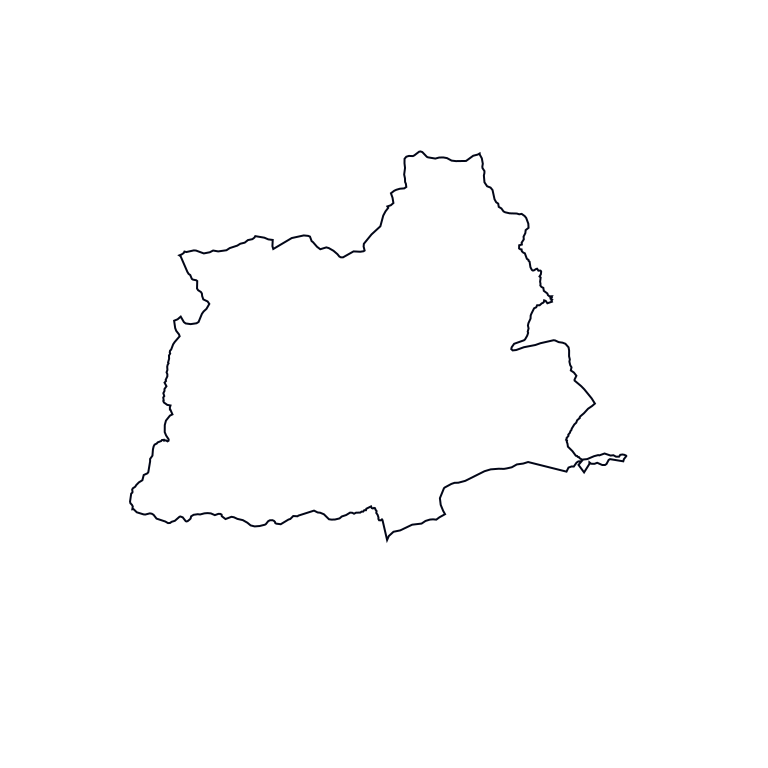 Ráquira, Boyacá, Colombia, rotated 214°
{"feature_id": "7082276B68805939866723", "entity_name": "Ráquira", "entity_type": "district", "adm_level": 2, "iso_a3": "COL", "parent_name": "Colombia", "parent_adm1": "Boyacá", "projection": "robinson", "projection_center": [-73.626, 5.497], "detail": "fine", "context": "isolated", "style": "outline", "palette": "ink", "viewbox_px": 768, "rotation_deg": 214, "n_neighbors": 0, "source": "geoboundaries", "source_scale": "gbopen_adm2", "svg_char_len": 6166}
<svg xmlns="http://www.w3.org/2000/svg" viewBox="0 0 768 768"><g transform="rotate(214 384 384)"><path d="M522.6,139.4L521.7,140.2L517.2,139.4L510.3,141.5L508.9,142.3L505.8,145.8L504.0,146.6L501.9,146.7L497.3,145.2L488.4,147.7L485.3,147.9L483.7,149.1L483.0,151.0L480.9,153.6L479.3,159.6L478.7,160.3L476.3,160.9L471.7,159.4L470.9,159.6L470.1,160.5L469.3,163.1L469.1,164.3L469.9,166.4L468.7,169.1L465.6,171.9L463.5,173.0L460.6,176.3L458.1,178.3L455.2,179.9L450.9,180.7L448.7,183.7L447.0,184.8L445.6,184.9L444.6,183.7L439.9,183.4L436.2,188.6L433.9,189.6L430.1,190.2L424.9,192.2L419.7,192.6L415.5,192.2L411.6,193.6L407.7,196.7L404.1,200.7L403.6,201.7L403.3,205.5L402.4,207.2L400.3,208.7L398.7,209.0L397.3,208.7L396.3,207.9L395.2,208.0L391.2,210.0L387.4,218.2L386.2,219.7L385.4,223.8L381.7,226.0L381.4,227.0L371.2,239.9L367.2,240.4L364.9,241.6L361.0,242.4L354.0,241.1L351.7,242.2L348.8,244.3L345.7,247.7L344.9,250.6L342.1,254.2L340.2,258.4L338.3,259.5L336.3,259.7L335.2,261.7L331.8,264.1L331.2,265.7L329.9,266.6L329.8,268.3L328.4,269.3L328.9,270.7L326.3,275.3L324.8,274.3L323.6,274.6L323.0,275.7L321.9,276.0L320.9,275.1L319.1,274.5L318.3,272.8L316.2,272.0L314.0,270.3L313.2,269.0L311.9,268.3L310.4,269.2L310.0,270.6L309.1,270.3L294.2,256.4L295.0,260.7L293.5,266.8L288.7,271.7L282.0,283.1L274.8,289.3L273.0,293.7L270.1,297.3L267.7,299.2L264.8,300.8L263.5,304.5L260.6,310.2L264.0,311.9L269.4,315.5L273.8,320.6L276.0,331.1L275.8,332.1L272.3,338.8L270.2,341.6L267.3,343.6L262.5,349.1L251.9,367.9L247.8,372.9L241.5,377.9L237.1,380.7L235.1,382.6L231.5,386.4L228.9,391.6L224.1,395.9L220.9,399.9L183.7,413.4L184.3,417.9L182.4,420.5L180.5,421.7L180.4,426.5L179.6,428.5L177.0,430.4L177.5,425.7L168.7,422.6L169.0,432.5L169.9,433.9L167.7,433.7L164.8,435.6L163.2,437.9L157.7,438.9L155.5,440.4L154.8,442.1L155.3,446.7L154.6,448.1L142.4,453.7L143.1,455.9L142.8,459.7L143.1,460.0L145.1,459.7L146.9,458.9L148.5,457.4L148.5,455.2L151.0,453.5L154.0,453.2L156.1,451.4L162.3,449.7L165.6,445.2L166.7,444.8L169.5,441.6L173.6,435.3L177.6,432.0L180.4,431.9L181.5,432.4L182.7,431.9L183.6,432.3L184.9,431.8L190.2,433.7L196.5,434.9L198.6,437.2L200.2,438.3L200.6,439.4L201.8,439.5L201.9,440.7L202.4,441.2L202.1,444.2L202.9,445.1L202.6,447.6L203.1,449.0L202.9,450.5L203.4,452.0L203.6,456.9L203.0,459.4L203.6,461.9L202.7,465.3L203.1,465.6L203.2,466.8L201.9,471.5L201.0,477.6L199.2,482.1L198.2,485.7L203.8,488.2L215.0,491.6L219.4,492.5L227.9,493.4L228.5,494.2L229.1,498.4L233.0,499.7L236.7,499.7L237.9,502.7L240.1,503.7L242.8,506.2L243.7,508.3L246.1,510.5L249.2,515.2L251.5,517.6L256.1,518.8L259.1,518.1L262.6,516.4L266.5,515.8L267.9,515.1L277.1,505.3L280.3,501.0L288.6,492.7L293.4,486.1L296.1,483.8L298.0,484.1L298.7,485.8L298.6,490.1L292.4,498.5L292.0,499.8L292.3,504.1L293.1,507.0L294.1,507.7L295.2,510.9L297.4,513.0L298.3,515.3L299.1,520.2L300.7,522.8L301.1,524.6L301.9,530.7L300.7,532.7L301.1,534.9L299.0,536.3L298.3,539.1L297.6,540.1L297.3,541.3L298.0,542.9L296.4,543.3L293.7,542.3L290.8,546.1L291.7,546.6L291.7,547.9L293.2,547.8L293.3,549.3L294.1,548.9L294.0,550.5L295.9,549.2L297.9,549.4L299.2,550.4L303.6,550.6L305.7,552.8L307.7,552.5L309.5,553.1L310.2,554.5L311.8,556.1L313.7,559.9L315.2,560.1L315.3,562.6L316.5,565.0L317.1,565.4L317.7,565.5L319.4,564.3L321.5,565.2L322.1,564.6L323.4,561.8L324.3,561.2L325.3,561.3L327.9,562.7L331.7,566.8L333.1,567.0L333.7,567.7L335.6,567.7L340.3,571.1L342.0,570.8L343.9,571.1L345.2,572.5L346.2,571.9L347.8,571.9L349.5,574.6L347.7,576.7L348.9,578.1L349.0,582.1L350.7,584.2L351.2,588.1L352.6,590.8L351.5,594.3L354.0,597.6L359.0,601.2L361.3,601.9L365.0,602.0L366.8,600.3L369.2,599.6L375.2,595.8L379.6,594.1L381.4,593.9L384.9,595.2L387.9,595.0L390.2,597.4L392.6,597.4L395.6,598.9L402.5,605.5L405.5,606.4L409.1,605.6L413.5,607.4L417.8,612.7L418.7,615.0L419.8,616.7L423.1,618.1L424.1,619.3L425.2,621.8L429.1,625.8L432.8,627.7L433.6,628.6L434.6,626.6L437.7,623.1L440.7,614.8L449.0,609.0L452.9,607.0L458.1,606.5L461.5,605.0L464.9,602.6L467.5,599.6L474.3,596.5L475.5,596.3L481.9,597.7L483.8,597.2L484.8,596.2L486.7,590.5L487.5,589.1L490.9,587.0L492.6,584.9L492.9,582.2L490.4,578.4L487.4,574.9L484.4,568.9L481.6,566.2L479.5,563.3L477.8,562.2L475.7,559.8L476.6,557.5L480.0,554.8L482.4,551.9L483.6,549.9L484.9,546.0L481.1,543.2L477.4,539.3L478.3,536.0L480.5,533.1L479.0,532.4L479.3,528.0L478.8,523.2L475.2,512.7L478.0,501.0L479.1,489.0L477.8,486.6L474.7,483.8L475.2,482.6L477.6,480.4L483.4,476.9L488.8,466.1L490.6,464.9L492.3,464.7L495.2,465.6L500.4,466.2L505.8,465.8L508.2,465.0L512.2,460.1L516.2,460.3L522.2,461.9L523.9,462.0L527.8,464.8L529.7,464.4L533.6,462.3L542.1,453.4L551.3,434.0L553.6,435.9L556.8,441.2L560.8,439.2L565.0,438.4L573.4,434.6L573.3,432.9L574.1,430.5L577.3,427.2L578.5,423.3L581.6,419.9L583.0,416.7L587.9,410.4L589.4,406.8L595.6,401.2L600.3,399.1L602.1,395.8L606.4,391.5L614.5,389.5L616.4,388.4L621.6,382.9L623.5,382.2L623.3,380.6L624.2,378.3L625.6,376.2L624.1,376.2L609.7,367.0L607.5,366.0L605.6,366.0L602.1,363.7L600.8,363.7L597.7,365.0L596.4,364.9L592.4,358.6L590.5,357.8L587.3,357.9L585.6,357.2L583.9,355.2L581.1,353.1L576.4,353.8L573.6,352.7L573.2,347.0L574.1,343.3L574.2,340.4L572.4,331.7L573.4,329.5L577.8,325.5L582.3,323.3L584.5,323.4L590.2,326.2L591.3,322.2L593.4,319.1L588.4,313.6L586.0,311.9L581.7,310.5L580.1,309.3L581.0,301.8L581.0,299.0L579.7,293.5L580.0,292.0L579.3,290.4L578.3,289.7L578.2,287.4L576.3,284.8L575.0,281.0L574.2,280.7L574.1,278.9L573.4,277.1L571.4,274.5L570.8,272.1L569.1,271.0L567.9,269.2L567.3,265.3L566.4,264.6L566.7,262.4L563.1,260.5L563.2,257.1L562.1,255.5L561.8,253.0L559.4,251.1L559.5,249.4L557.4,247.1L557.5,246.5L556.1,245.6L552.0,245.5L549.0,246.8L548.4,244.8L547.2,243.1L546.8,243.3L542.4,240.5L543.8,238.1L544.3,231.7L542.8,227.4L538.9,221.5L535.9,219.5L531.6,217.7L530.9,216.5L531.4,215.4L533.4,215.3L534.6,214.1L535.2,214.7L536.8,213.3L536.8,212.2L539.0,209.0L539.1,207.6L540.3,205.5L540.1,203.5L539.0,200.6L535.9,195.1L536.0,191.1L534.6,189.0L530.1,179.1L530.2,177.6L532.3,174.2L530.5,169.1L532.2,165.4L532.9,161.6L532.8,159.8L533.9,157.0L533.7,155.6L532.2,154.0L531.9,153.3L532.3,151.8L528.8,144.5L527.5,143.3L525.5,142.9L523.8,142.0L522.6,139.4Z" fill="none" stroke="#020617" stroke-width="2"/></g></svg>